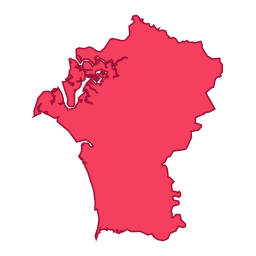 Marcovia, Choluteca, Honduras
{"feature_id": "27666195B6766243724539", "entity_name": "Marcovia", "entity_type": "district", "adm_level": 2, "iso_a3": "HND", "parent_name": "Honduras", "parent_adm1": "Choluteca", "projection": "albers", "projection_center": [-87.416, 13.249], "detail": "fine", "context": "isolated", "style": "filled", "palette": "rose", "viewbox_px": 256, "rotation_deg": 0, "n_neighbors": 0, "source": "geoboundaries", "source_scale": "gbopen_adm2", "svg_char_len": 5522}
<svg xmlns="http://www.w3.org/2000/svg" viewBox="0 0 256 256"><path d="M136.6,15.4L133.2,16.0L131.9,19.6L133.4,19.4L134.5,22.1L129.1,26.2L129.8,35.0L125.2,40.3L121.7,40.7L112.8,38.6L110.4,39.2L104.6,48.1L100.7,51.7L96.6,51.1L92.0,47.8L89.2,47.0L84.6,48.7L78.9,48.0L76.2,49.3L76.5,57.5L80.3,63.2L81.6,61.6L80.6,60.1L81.0,58.1L77.6,55.0L81.4,57.7L80.9,59.9L81.7,60.9L84.9,59.1L88.6,59.3L91.7,62.1L93.1,61.6L91.9,62.7L94.1,64.4L96.3,62.6L94.9,58.0L96.7,56.0L97.6,56.3L95.5,57.9L96.7,61.4L98.4,59.2L100.4,58.6L100.1,57.9L104.8,60.9L105.8,62.9L111.4,59.7L111.7,60.6L113.3,60.8L112.4,61.0L113.0,63.4L114.3,63.8L115.0,64.7L113.6,63.9L113.3,65.4L114.9,65.1L117.9,60.3L122.5,58.9L122.5,58.0L123.6,57.3L126.3,57.4L127.8,58.5L125.1,57.4L122.9,57.9L122.5,59.4L117.1,61.8L116.2,63.6L117.3,65.5L116.2,64.1L115.0,66.1L112.9,65.8L116.1,69.1L116.5,73.5L118.5,75.3L117.9,76.4L115.5,76.2L113.9,77.6L113.4,76.4L118.2,75.5L116.1,74.2L115.4,69.5L114.6,69.1L113.4,70.3L114.2,68.9L112.4,68.6L111.9,63.5L110.5,61.5L105.9,64.1L106.0,66.6L107.2,68.1L105.6,67.0L105.1,63.8L100.4,60.1L98.7,61.1L99.2,62.8L98.7,61.5L97.0,64.2L93.1,65.5L92.8,66.4L88.8,61.6L84.3,61.3L82.6,64.8L83.9,69.6L92.6,70.0L85.6,70.2L85.5,75.2L91.7,74.3L94.8,75.9L95.9,71.3L101.4,69.2L102.4,70.1L103.2,74.3L104.5,73.4L104.5,70.7L107.7,72.1L106.3,74.5L108.2,76.3L107.8,77.8L105.4,77.7L105.2,79.3L105.2,77.5L107.4,76.2L105.1,73.4L103.7,74.7L102.2,74.4L101.5,70.5L100.1,74.2L97.5,73.7L96.5,75.0L97.0,77.8L99.4,75.3L101.5,77.2L103.1,76.9L102.3,80.4L103.5,81.8L101.4,80.4L100.6,81.7L101.2,84.2L100.3,83.4L99.9,84.9L98.7,83.7L95.2,83.9L91.1,78.6L88.6,81.3L91.5,82.2L92.2,83.7L88.2,81.5L86.2,83.8L89.2,84.7L90.8,87.9L95.3,90.0L96.5,92.2L98.1,92.8L96.5,92.5L94.8,90.0L90.8,88.7L89.4,85.6L88.1,85.0L85.8,85.3L83.9,88.1L82.8,91.5L84.7,89.4L86.2,89.6L87.5,91.0L88.8,96.1L90.2,95.7L89.1,96.7L88.2,95.7L86.0,98.0L88.8,102.6L91.3,102.5L92.7,104.1L90.2,102.6L88.5,103.2L86.0,98.8L85.4,99.9L86.4,102.9L85.0,100.4L85.7,96.9L87.9,95.4L85.6,90.3L84.2,92.9L78.6,97.8L78.5,100.5L81.9,99.8L81.1,102.8L80.7,100.8L79.0,100.9L74.6,108.1L67.8,109.8L67.9,108.8L65.1,106.0L63.5,101.4L62.8,103.1L60.4,104.7L58.9,103.6L62.1,103.1L63.4,99.4L61.4,92.9L58.0,87.6L57.0,90.0L52.3,93.3L54.0,96.4L55.8,95.8L54.3,96.9L54.9,99.1L53.7,102.1L51.2,101.6L52.4,102.7L52.4,103.4L52.0,104.0L51.1,101.3L52.6,100.1L53.6,101.5L54.4,99.1L51.7,93.1L56.6,88.9L54.1,88.6L50.5,92.5L48.5,91.3L43.7,91.7L38.2,98.0L34.0,111.1L34.5,115.3L33.7,116.5L40.7,113.1L38.8,110.2L38.7,111.9L37.5,109.0L38.9,107.6L37.9,107.0L40.7,103.9L41.8,103.5L38.3,107.0L39.4,107.5L38.1,109.3L45.7,113.8L45.3,111.6L47.2,111.8L47.7,112.8L46.5,113.7L54.8,118.2L59.4,116.5L57.2,118.8L57.3,121.5L68.9,131.3L76.6,142.0L85.9,139.7L90.9,143.1L93.1,145.8L92.8,146.8L90.5,146.7L87.8,143.3L83.1,143.1L83.3,144.6L82.0,144.2L81.4,145.8L82.0,147.1L81.2,152.4L79.4,155.4L80.1,156.3L78.8,156.4L81.7,160.3L81.3,158.2L82.2,158.4L83.9,162.6L85.1,162.2L85.9,162.8L83.7,162.7L82.4,161.1L87.6,171.4L93.8,190.8L95.3,202.4L94.8,209.5L95.8,210.2L96.7,209.0L97.5,209.9L99.1,219.3L97.8,228.0L95.2,235.8L96.2,239.1L97.7,235.1L96.7,233.6L99.9,232.7L99.6,229.7L100.5,228.2L100.5,230.0L104.4,229.2L107.1,230.3L106.7,227.3L107.1,228.4L110.3,230.0L112.7,229.4L113.7,232.0L117.7,229.6L118.0,231.0L116.4,232.5L118.7,233.4L120.9,232.4L120.1,231.9L122.0,230.0L121.5,231.5L123.5,231.7L126.6,229.3L131.5,231.6L140.3,231.3L147.9,234.9L151.7,233.7L154.1,237.1L157.6,239.5L163.3,240.6L167.7,238.7L170.1,233.3L175.8,230.9L178.5,226.4L183.5,227.4L185.4,226.5L185.4,223.9L181.3,220.1L179.9,214.6L176.0,214.5L173.1,217.6L171.9,217.5L172.1,213.7L171.1,211.2L172.3,207.2L173.5,205.8L178.3,204.7L179.2,203.0L178.5,201.1L173.8,200.3L172.4,197.0L174.2,195.8L179.2,197.1L180.5,195.7L180.5,193.3L179.2,191.4L177.6,193.2L176.7,191.9L172.2,191.0L171.3,184.6L173.9,181.8L169.8,177.3L168.1,177.2L167.3,169.1L165.8,166.0L164.7,165.1L162.5,165.8L161.8,164.2L165.2,161.8L167.1,157.3L170.0,156.5L173.3,151.1L184.9,149.4L186.8,147.8L191.5,137.2L191.0,131.4L198.4,130.1L201.5,126.7L201.0,124.8L195.2,122.9L195.6,117.5L204.7,113.6L204.4,112.6L209.6,111.8L214.9,109.0L205.7,92.8L211.4,87.9L213.5,87.3L215.2,79.3L217.1,77.2L220.9,76.5L220.4,74.1L222.3,71.9L222.2,64.5L219.9,61.6L219.8,58.3L212.3,59.0L207.2,56.0L201.8,47.4L202.3,45.6L201.0,41.4L193.8,43.0L192.7,42.1L188.9,42.3L187.0,40.5L184.3,42.1L182.9,41.2L181.0,42.5L178.3,42.7L175.5,38.6L172.6,37.4L171.5,38.3L168.7,37.7L169.2,36.9L167.0,35.1L165.6,30.9L162.4,30.1L158.8,30.8L158.2,29.7L158.9,28.5L156.8,29.7L153.7,25.1L152.0,27.2L149.8,26.1L148.8,23.6L146.5,24.0L142.7,22.6L142.8,21.0L141.6,20.6L141.0,21.6L140.6,20.7L143.5,19.1L139.2,19.3L139.3,17.6L136.6,15.4ZM69.9,62.6L70.7,68.8L69.4,70.8L69.1,74.9L67.8,77.7L65.7,79.4L66.6,80.4L71.0,77.6L70.5,75.1L72.5,77.2L68.8,80.0L68.9,82.3L73.9,83.3L73.5,85.0L72.6,86.3L73.2,83.7L70.4,85.2L72.1,84.0L68.8,82.7L68.3,80.8L62.4,82.0L67.8,99.1L67.3,103.4L68.5,105.8L71.2,106.8L73.4,106.4L74.5,104.8L74.6,95.8L73.9,95.7L75.3,91.2L73.6,90.3L75.5,90.4L76.1,89.1L75.9,90.4L79.6,87.6L81.4,83.5L80.5,81.5L77.5,81.8L77.1,81.2L80.7,80.8L80.3,77.1L81.7,81.5L85.0,79.6L85.2,72.7L83.0,69.6L79.0,71.2L82.7,69.3L82.7,66.0L78.0,65.6L80.7,67.7L80.7,69.0L80.0,69.8L78.4,68.2L75.5,67.4L76.7,67.0L80.4,69.1L80.2,67.8L77.5,66.0L78.4,64.4L75.9,61.1L70.3,58.5L69.0,59.4L69.8,61.5L70.9,61.8L70.9,62.8L69.9,62.6ZM88.8,77.6L91.3,77.0L93.4,78.3L94.2,77.6L95.0,78.6L93.7,79.1L95.7,80.8L96.2,79.6L96.9,79.9L96.8,81.9L99.8,78.2L99.0,77.4L96.8,78.2L95.8,76.1L92.8,76.6L91.0,75.3L86.5,76.6L88.8,77.6Z" fill="#f43f5e" stroke="#9f1239" stroke-width="1.5"/></svg>